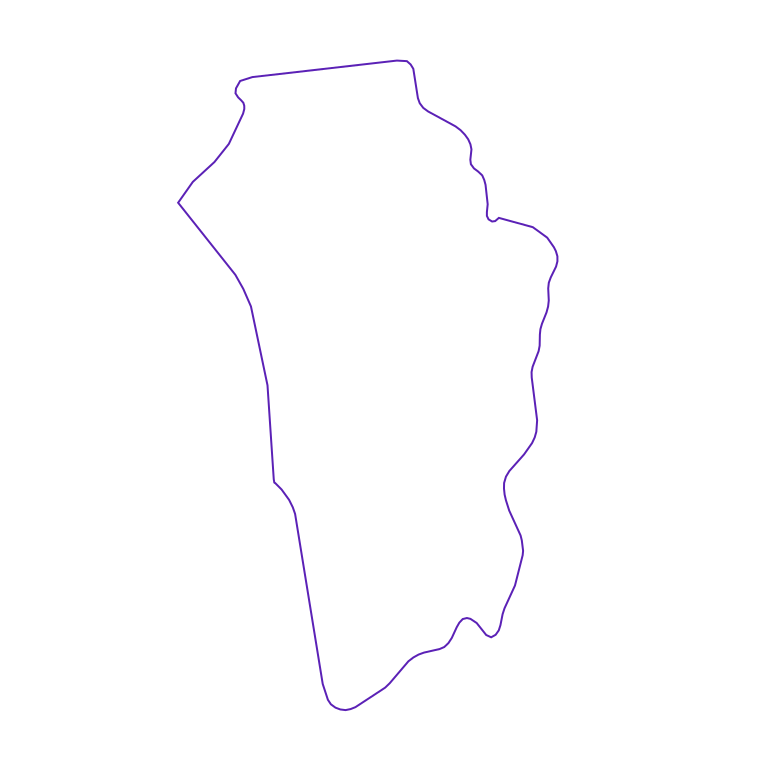 outline of Brokopondo, rotated 354°
{"feature_id": "SUR-66", "entity_name": "Brokopondo", "entity_type": "District", "adm_level": 1, "iso_a3": "SUR", "parent_name": "Suriname", "parent_adm1": "", "projection": "mercator", "projection_center": [-55.026, 4.667], "detail": "fine", "context": "isolated", "style": "outline", "palette": "violet", "viewbox_px": 768, "rotation_deg": 354, "n_neighbors": 0, "source": "natural_earth", "source_scale": "10m", "svg_char_len": 1640}
<svg xmlns="http://www.w3.org/2000/svg" viewBox="0 0 768 768"><g transform="rotate(354 384 384)"><path d="M430.6,63.7L440.5,65.3L443.9,69.0L446.1,73.6L447.6,103.2L448.9,108.5L451.9,113.5L456.4,117.6L482.1,135.3L486.7,139.6L490.5,144.5L493.3,149.4L495.0,154.6L495.5,159.8L493.3,170.0L493.4,174.5L496.0,179.0L499.7,182.4L503.5,186.8L505.0,191.5L505.8,196.5L505.9,216.1L504.3,223.8L503.9,227.6L505.2,231.2L508.5,233.7L511.6,233.6L515.6,230.8L548.4,243.6L561.6,255.5L567.3,265.8L568.8,269.8L569.8,275.1L569.3,280.1L567.4,285.2L561.0,295.4L558.5,300.5L557.3,306.1L556.6,318.2L555.3,324.1L553.1,329.8L547.4,340.6L545.3,345.8L544.2,351.1L542.8,362.2L541.2,367.5L533.6,382.4L532.0,387.6L531.6,393.0L532.5,436.1L530.5,447.4L528.3,452.9L525.1,458.2L515.9,468.7L499.6,483.6L495.6,488.9L493.1,495.0L492.4,500.5L492.4,506.6L493.1,512.3L495.3,523.0L504.0,548.9L504.7,553.9L504.9,564.5L504.0,568.8L493.2,598.1L480.4,619.7L477.9,625.3L474.6,636.0L472.4,641.0L468.8,645.1L464.1,647.1L459.4,644.3L451.2,631.4L445.4,626.6L442.0,625.4L437.7,626.0L434.0,629.2L430.9,633.5L424.9,643.6L421.0,648.4L416.4,651.9L411.6,653.4L395.7,655.3L390.1,656.7L384.7,659.0L379.3,662.3L358.4,682.2L353.4,686.1L321.8,702.4L316.8,703.8L311.7,704.3L306.5,703.1L301.9,700.8L297.7,697.0L295.2,692.2L291.7,675.9L282.0,503.9L280.4,497.1L277.5,489.3L271.1,478.2L265.4,471.1L264.9,470.9L264.6,470.5L264.4,467.2L268.0,373.1L259.8,293.0L254.0,274.7L247.6,259.9L198.2,182.2L215.0,163.0L238.6,145.5L254.8,129.0L272.1,100.4L273.8,95.9L274.1,92.7L273.5,89.6L271.4,86.7L268.9,83.7L266.7,79.4L267.7,74.5L272.6,67.6L285.2,65.0L430.6,63.7Z" fill="none" stroke="#5b21b6" stroke-width="2"/></g></svg>